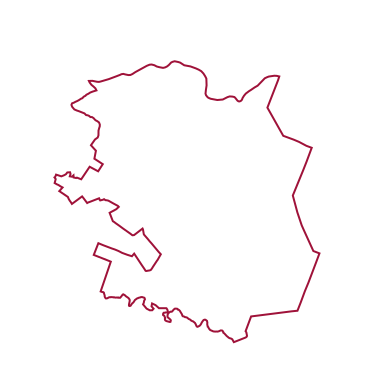 Frontera Hidalgo, Chiapas, Mexico, rotated 285°
{"feature_id": "50627088B52793228533805", "entity_name": "Frontera Hidalgo", "entity_type": "district", "adm_level": 2, "iso_a3": "MEX", "parent_name": "Mexico", "parent_adm1": "Chiapas", "projection": "mercator", "projection_center": [-92.233, 14.753], "detail": "fine", "context": "isolated", "style": "outline", "palette": "rose", "viewbox_px": 384, "rotation_deg": 285, "n_neighbors": 0, "source": "geoboundaries", "source_scale": "gbopen_adm2", "svg_char_len": 5777}
<svg xmlns="http://www.w3.org/2000/svg" viewBox="0 0 384 384"><g transform="rotate(285 192 192)"><path d="M72.3,129.5L72.1,131.4L72.3,131.9L72.2,132.4L72.0,132.9L71.4,133.2L70.1,134.0L69.5,134.4L68.5,134.7L68.0,135.0L67.3,135.7L66.9,136.3L67.0,136.7L67.3,137.5L67.6,137.8L67.8,138.1L68.6,138.9L68.9,139.3L69.1,139.9L69.2,140.4L69.5,140.8L69.6,141.3L69.7,141.9L69.8,142.5L70.0,143.1L69.9,143.6L70.2,144.3L70.1,144.9L70.2,145.4L70.8,147.2L70.7,147.7L70.8,148.1L71.1,148.4L71.0,148.9L71.2,149.9L71.5,150.1L72.4,150.5L72.7,150.7L73.5,151.0L73.9,151.1L74.2,151.3L74.6,151.5L74.9,151.6L75.2,151.8L75.4,152.2L75.3,152.5L75.1,152.9L75.1,153.4L74.7,154.3L74.2,155.1L73.8,156.3L73.5,157.1L73.2,158.0L72.8,158.5L72.1,159.4L71.7,159.7L71.2,159.9L70.5,160.0L69.9,160.1L67.6,160.2L66.8,160.3L66.0,160.5L65.7,160.8L65.7,161.2L66.0,161.8L66.4,162.2L66.9,162.3L68.0,162.7L68.5,162.9L69.0,163.1L69.9,163.8L70.2,163.9L70.5,164.1L71.0,164.2L71.7,164.5L72.2,164.6L72.5,164.7L72.8,164.8L73.4,165.2L73.9,165.7L74.4,166.0L74.7,166.2L74.9,166.5L75.3,166.9L75.4,167.2L75.7,167.5L76.3,168.3L76.5,168.8L76.7,169.2L77.1,169.6L77.3,170.2L77.6,170.8L77.5,173.4L76.3,174.3L74.3,173.9L72.5,174.1L70.8,173.8L67.6,178.3L66.8,181.9L67.5,184.2L69.3,185.1L71.1,182.5L74.0,182.3L73.3,186.1L71.2,190.2L73.1,197.1L73.1,197.4L72.1,198.5L71.6,198.9L70.5,199.5L69.8,199.6L69.5,199.3L69.3,199.0L69.0,198.5L68.9,198.1L68.8,197.7L68.7,197.4L68.4,197.1L68.1,196.0L67.8,195.8L66.8,195.6L66.2,195.7L65.6,196.0L65.4,197.1L64.9,197.5L64.4,197.8L64.1,198.2L63.4,198.8L62.5,198.6L61.7,198.9L61.1,199.4L60.9,200.0L60.7,200.7L60.7,201.9L60.7,203.1L60.7,204.1L61.0,204.8L61.6,204.8L62.4,204.8L63.0,204.4L63.5,203.5L64.6,201.2L65.4,200.5L66.7,200.3L67.5,200.2L68.8,200.6L70.1,201.4L71.0,202.5L71.1,203.4L71.8,203.9L73.8,204.8L74.4,205.3L75.0,205.8L75.1,206.4L75.4,207.8L75.2,208.5L74.8,208.7L74.7,209.9L74.1,211.0L73.3,211.8L71.3,213.9L70.8,214.3L70.1,214.6L69.6,215.4L69.7,216.4L69.5,217.1L69.3,217.7L69.5,218.7L69.4,219.3L69.4,219.9L68.9,220.8L68.5,221.7L68.4,222.6L68.1,223.7L67.8,224.1L67.5,224.7L67.4,225.5L67.3,226.0L67.3,226.6L67.1,227.0L66.8,227.7L66.5,228.3L66.3,228.8L65.7,229.3L65.3,229.8L64.7,230.2L63.4,231.3L63.2,232.0L63.3,232.4L63.8,232.9L64.2,233.4L64.8,234.0L65.7,234.5L67.2,235.0L68.5,235.2L70.4,235.9L71.3,236.3L71.9,237.1L72.1,238.1L71.7,239.1L71.4,239.8L69.9,240.6L68.3,240.9L67.2,241.4L66.6,241.8L66.0,242.0L65.8,242.6L65.4,242.9L64.3,243.9L64.0,244.5L63.6,244.9L63.4,245.3L63.3,246.0L63.1,246.9L63.1,247.6L62.9,248.3L62.9,249.1L63.3,251.0L63.6,251.8L63.8,252.9L64.5,254.1L65.7,255.5L65.9,256.3L66.0,256.8L65.8,257.4L65.5,257.8L64.9,258.2L64.7,258.6L64.2,258.7L63.9,259.5L63.6,260.1L62.4,262.0L62.1,262.4L61.5,263.6L61.2,264.4L60.8,265.0L60.5,266.5L60.6,267.4L60.4,268.1L60.2,269.0L58.6,270.5L57.8,271.3L65.2,281.3L65.9,282.0L66.3,282.2L67.2,282.4L68.0,282.0L69.0,281.6L69.4,281.3L70.4,280.9L71.0,280.3L71.4,279.8L87.1,281.3L97.7,307.3L102.6,319.3L104.6,324.6L113.4,325.6L125.4,326.7L134.5,327.9L156.3,330.1L165.7,331.0L166.4,324.5L184.6,309.5L188.2,306.6L199.5,299.1L214.7,290.3L242.1,293.8L250.9,294.8L265.7,296.2L266.2,290.6L268.1,282.4L268.9,276.6L269.9,265.6L274.9,260.7L288.0,247.9L293.0,243.0L322.3,246.2L326.2,246.4L326.1,243.7L325.6,241.4L323.4,236.3L322.4,234.9L320.7,232.9L313.5,228.9L311.7,227.9L309.2,225.4L305.8,222.5L304.2,221.0L301.0,218.5L298.4,217.3L295.7,216.5L294.2,216.4L292.9,215.8L291.9,214.7L291.6,213.5L292.0,212.3L294.0,209.6L294.5,208.8L294.7,208.1L294.6,206.2L294.1,203.7L292.8,201.7L289.3,197.8L287.4,192.6L286.9,186.1L287.1,184.2L287.5,182.7L289.0,180.6L290.5,179.6L294.3,179.0L298.7,178.5L305.3,176.5L307.2,174.8L309.4,172.4L311.1,169.7L311.9,166.8L312.4,163.7L312.9,158.0L312.4,151.7L313.9,147.1L314.0,145.2L313.8,141.4L312.6,139.4L311.6,138.3L308.9,136.9L306.9,135.5L305.4,133.8L304.4,131.9L304.1,128.0L304.1,125.4L304.7,122.9L304.7,120.1L304.3,118.9L304.0,118.1L302.2,115.7L293.2,106.3L290.5,103.9L289.1,102.2L288.5,100.4L288.3,97.2L288.3,95.1L287.5,93.3L286.6,92.3L284.2,89.0L279.5,82.4L275.1,75.2L274.3,73.7L273.9,71.8L273.6,67.0L272.6,63.7L271.4,64.7L270.5,65.8L269.5,67.1L268.3,69.7L267.1,71.9L265.4,73.4L263.3,70.1L261.7,67.9L260.2,66.6L258.6,64.8L257.4,64.2L256.0,62.7L254.2,61.8L253.6,60.9L251.3,58.8L250.0,57.4L248.9,56.0L247.8,54.9L246.6,53.2L245.1,53.0L244.3,53.4L243.1,54.4L241.3,57.0L240.9,59.7L240.8,61.6L240.1,67.8L238.9,69.8L239.1,71.4L238.9,72.8L238.1,74.5L238.5,75.9L237.9,77.8L236.8,79.4L236.3,80.4L235.9,82.2L235.1,84.2L233.3,85.5L231.6,85.9L229.6,85.8L227.1,85.8L224.8,86.4L222.4,87.0L220.2,86.8L217.6,84.7L211.0,82.3L207.0,88.5L198.9,89.1L195.8,98.6L187.7,96.0L189.9,86.6L175.6,81.7L176.1,77.1L175.5,76.5L175.4,73.9L177.4,73.2L175.7,72.1L175.5,69.9L178.0,70.0L179.5,69.1L178.6,66.5L176.5,65.6L174.9,63.9L173.3,61.7L173.5,58.6L173.6,56.2L171.3,56.0L170.5,55.4L169.2,57.0L165.1,57.0L164.4,59.7L164.2,61.2L163.5,63.3L162.9,65.8L158.5,63.6L155.1,73.4L153.5,74.6L152.0,76.1L151.0,77.4L149.4,79.1L159.3,87.0L158.2,88.5L154.2,93.6L155.1,94.5L155.9,95.7L161.9,103.9L161.6,104.2L160.7,104.7L160.1,105.5L161.6,108.2L162.3,108.9L161.7,110.5L161.9,111.5L162.0,112.8L162.0,113.5L160.6,118.9L159.4,124.0L158.7,125.1L156.1,123.5L155.7,123.2L150.6,117.8L149.9,118.3L143.3,123.1L142.9,124.5L142.1,126.4L140.6,130.5L138.9,134.8L135.6,143.7L134.9,145.3L134.8,145.7L135.4,147.2L143.9,153.7L143.2,154.3L138.7,156.4L138.4,156.7L135.0,161.7L133.4,163.9L131.9,166.2L125.5,175.3L123.8,178.0L117.3,176.3L116.7,176.0L109.5,173.6L108.4,173.3L106.2,172.5L105.4,171.6L103.8,168.1L103.9,167.5L105.4,165.9L108.4,162.4L111.5,158.9L115.2,154.7L117.5,152.1L114.4,150.6L114.6,145.8L115.1,140.3L116.0,136.2L116.5,132.4L116.7,129.2L117.6,120.2L118.3,114.8L105.8,113.4L104.0,129.3L103.7,131.6L94.8,131.0L85.6,130.4L76.8,129.8L72.3,129.5Z" fill="none" stroke="#9f1239" stroke-width="2"/></g></svg>